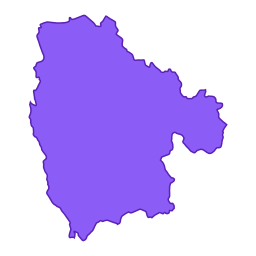 Quang Uyen, Cao Bằng, Vietnam (orthographic projection)
{"feature_id": "81297802B42250510796537", "entity_name": "Quang Uyen", "entity_type": "district", "adm_level": 2, "iso_a3": "VNM", "parent_name": "Vietnam", "parent_adm1": "Cao Bằng", "projection": "orthographic", "projection_center": [106.453, 22.67], "detail": "fine", "context": "isolated", "style": "filled", "palette": "violet", "viewbox_px": 256, "rotation_deg": 0, "n_neighbors": 0, "source": "geoboundaries", "source_scale": "gbopen_adm2", "svg_char_len": 5729}
<svg xmlns="http://www.w3.org/2000/svg" viewBox="0 0 256 256"><path d="M205.5,89.8L204.8,90.1L200.2,90.2L199.5,90.8L196.5,95.6L195.8,96.2L194.7,96.7L193.7,96.9L193.2,97.2L192.7,97.9L192.2,98.4L191.6,98.6L187.6,98.6L187.1,98.4L186.7,97.6L186.0,96.7L185.4,96.7L184.3,96.9L183.8,96.8L182.6,95.9L180.5,93.0L180.0,88.9L180.0,88.3L180.4,87.5L181.0,86.7L181.4,85.9L181.5,84.5L181.3,83.1L180.5,81.9L178.8,80.0L178.2,79.1L178.2,77.4L177.7,76.2L176.1,74.0L175.3,72.6L174.8,72.2L172.8,72.1L171.9,71.9L171.7,71.7L170.8,70.6L170.6,69.7L170.1,69.2L169.3,69.1L168.6,69.4L168.1,70.9L167.8,71.3L167.2,71.5L165.1,71.2L164.1,72.1L163.5,72.3L162.2,72.4L161.1,72.0L159.8,70.3L156.1,67.4L154.6,66.0L152.2,62.8L151.8,62.6L151.1,62.8L150.7,63.2L150.1,64.9L149.7,66.9L149.1,67.2L145.8,65.4L145.3,64.5L144.8,63.0L144.4,60.9L144.0,60.0L143.1,59.9L141.8,60.1L138.0,60.0L135.9,60.3L134.8,60.2L134.1,59.8L132.7,55.3L131.8,54.1L129.2,52.3L127.8,51.7L127.0,51.1L126.6,49.6L125.8,48.9L124.3,48.0L122.5,46.2L122.2,45.4L122.2,43.8L122.7,40.2L122.4,39.2L121.5,38.1L117.4,35.2L116.3,34.3L116.3,33.8L116.9,32.5L118.0,30.8L118.0,30.1L117.4,29.0L115.9,26.9L115.4,25.3L115.5,23.9L115.4,22.4L115.1,21.7L113.7,20.8L109.8,18.6L106.5,16.3L105.8,16.2L102.8,21.2L100.8,23.0L100.6,23.6L100.6,24.3L100.9,24.9L101.0,25.7L100.8,26.1L99.8,26.5L96.0,26.0L95.6,25.7L94.7,24.2L93.3,22.5L86.7,16.8L85.1,15.6L84.0,15.4L83.3,15.5L74.7,18.9L73.3,19.3L71.7,19.4L71.2,19.0L70.5,17.8L70.0,17.6L69.7,17.6L69.4,18.0L69.5,20.1L69.2,21.1L67.6,22.1L65.0,22.7L60.7,23.0L56.5,23.0L47.4,22.0L44.2,22.8L40.6,24.3L40.3,24.6L40.3,25.4L41.1,26.5L41.1,27.4L40.8,27.6L40.3,27.7L38.9,27.8L38.6,28.7L39.1,31.0L38.9,32.7L37.5,34.5L37.1,35.4L37.0,36.3L37.1,37.0L39.0,42.4L39.7,44.9L42.4,52.3L43.7,55.3L43.9,56.2L44.0,57.5L43.9,58.3L43.3,59.9L42.2,60.9L41.2,61.5L38.4,62.3L37.1,62.8L36.8,63.3L36.2,64.6L35.9,66.0L34.0,67.5L33.8,67.9L33.9,68.6L35.8,71.2L36.2,72.9L36.1,76.8L36.4,77.4L37.0,77.6L38.0,77.2L38.6,77.3L39.2,77.5L39.4,78.1L39.3,79.5L40.3,80.5L40.3,81.6L39.6,83.1L38.6,85.0L37.2,88.1L36.3,89.5L35.7,90.3L35.2,90.5L34.3,90.2L34.0,90.2L33.8,90.6L33.6,91.3L34.5,97.2L34.6,98.9L35.2,100.1L36.3,104.5L36.0,105.4L35.3,105.6L32.2,104.1L31.0,103.1L30.4,102.2L29.8,104.6L30.8,108.2L31.0,111.1L30.4,113.9L29.4,116.2L29.3,117.4L29.5,117.9L30.5,119.0L30.7,120.0L30.7,122.5L31.4,125.5L31.9,126.3L32.6,126.9L33.2,127.6L33.3,128.3L33.6,131.7L33.4,133.7L33.3,134.5L33.5,135.0L33.8,135.5L34.8,136.7L35.7,137.0L36.5,137.4L36.8,137.9L37.7,139.9L38.8,141.3L39.2,142.1L39.9,144.9L40.3,145.6L41.3,147.1L41.7,149.3L42.0,150.1L43.5,152.3L45.2,154.5L46.0,155.6L46.3,156.5L46.4,158.4L43.6,161.0L43.3,161.5L43.3,162.3L43.7,163.8L43.6,167.1L44.0,168.6L44.6,170.3L45.2,171.7L46.8,174.1L47.2,175.0L47.3,176.2L47.1,177.8L46.8,178.9L46.9,179.8L47.7,181.5L47.9,182.9L47.8,184.5L48.6,186.0L48.8,186.8L48.9,187.9L48.7,188.8L47.4,190.9L46.9,192.2L46.8,193.0L47.0,193.8L48.6,196.1L52.1,202.1L52.8,203.0L53.8,204.1L56.0,205.5L57.0,206.4L59.3,207.4L59.9,207.8L60.5,208.4L61.7,210.8L64.5,214.1L70.0,222.1L70.2,222.7L70.1,223.3L69.6,224.1L69.6,224.6L70.9,228.9L70.8,229.6L69.5,233.9L69.2,235.7L69.2,236.2L69.4,237.1L69.6,237.4L70.1,237.6L71.6,237.3L73.6,237.3L74.3,237.8L74.8,236.1L75.0,233.3L74.2,232.1L74.2,231.5L74.4,231.4L77.2,232.5L78.1,233.3L78.4,235.5L82.2,240.1L83.3,240.6L85.4,239.6L86.4,238.1L87.0,236.2L87.8,235.2L89.3,234.0L91.3,231.8L92.4,230.9L93.3,229.5L94.7,226.3L96.5,222.9L98.4,222.1L100.1,220.8L100.8,220.6L102.6,221.4L105.5,220.4L107.4,220.2L114.0,222.6L116.6,223.4L117.3,223.7L117.5,224.0L117.5,224.3L119.2,223.5L119.7,223.0L120.3,221.7L120.6,219.3L121.4,217.1L122.3,215.8L125.9,213.4L128.5,212.0L130.7,212.9L132.6,212.4L140.0,209.1L142.1,209.8L145.7,211.4L146.2,212.2L146.7,213.7L147.1,215.4L147.7,216.8L148.4,217.4L148.9,217.4L150.1,217.0L150.6,217.1L151.9,217.7L154.7,215.2L159.5,212.6L160.1,212.6L162.6,213.7L163.4,213.6L164.3,212.6L165.0,212.5L165.9,213.3L166.7,213.6L167.5,213.6L168.6,213.2L169.1,212.6L169.5,210.9L169.7,210.5L171.5,210.7L172.0,210.7L172.4,210.4L173.2,209.3L174.1,208.5L174.2,206.8L173.9,205.3L173.2,204.0L172.3,203.3L171.3,203.5L170.3,203.3L169.6,202.5L168.7,201.0L168.3,200.1L168.2,199.0L168.5,198.3L169.1,197.5L169.6,196.1L169.6,192.8L169.5,190.7L169.7,186.3L170.4,183.7L170.7,183.1L171.7,182.7L173.3,181.5L174.1,180.7L174.3,179.8L174.4,179.2L173.4,178.2L171.3,177.7L168.7,174.7L166.5,171.3L165.3,170.0L164.3,165.7L163.5,163.7L162.6,162.3L161.7,161.3L160.5,160.3L160.5,159.9L161.2,158.5L161.5,157.2L164.6,155.9L168.2,154.6L169.3,154.0L169.7,153.1L169.8,151.8L170.3,150.9L170.9,150.3L172.0,149.8L172.5,149.1L172.9,147.4L172.7,144.2L171.8,141.6L171.4,140.8L171.8,138.9L171.7,137.3L172.1,134.4L173.1,133.0L174.3,132.5L175.0,132.4L175.8,132.6L176.4,133.2L177.4,133.6L180.7,134.5L182.2,135.3L183.2,136.5L183.9,137.8L183.9,138.8L183.6,139.9L182.9,141.3L183.0,142.1L183.2,142.7L184.7,144.2L185.8,145.7L187.5,147.5L188.8,148.8L189.9,150.2L191.1,151.3L194.1,152.8L194.9,152.6L196.3,151.3L197.2,150.5L199.3,149.7L200.8,149.3L202.4,149.5L203.6,150.0L206.9,152.4L209.0,153.4L210.2,153.4L211.2,153.1L212.5,152.4L214.5,150.7L215.2,149.6L216.6,147.9L217.4,147.7L219.2,147.7L220.1,147.4L220.9,146.7L221.3,145.7L221.8,143.1L221.9,141.7L222.5,139.3L223.1,137.6L223.1,137.0L222.5,134.8L222.7,134.1L223.3,132.6L223.3,132.3L222.7,131.6L222.7,131.2L224.1,128.4L226.7,124.7L225.0,123.2L223.1,121.8L220.0,118.9L218.7,117.4L218.7,116.2L218.8,113.9L217.0,109.8L217.3,109.5L217.7,109.2L218.9,108.9L220.5,108.1L221.8,107.0L222.4,105.8L222.5,105.0L222.4,104.0L222.1,103.5L221.1,103.2L218.1,103.1L217.1,102.9L216.2,102.1L215.9,101.0L215.8,99.1L215.0,97.8L214.1,96.9L212.6,96.4L208.5,96.1L207.0,96.8L205.6,97.0L204.7,96.2L204.6,95.6L204.8,94.2L205.7,91.6L205.5,89.8Z" fill="#8b5cf6" stroke="#5b21b6" stroke-width="1.5"/></svg>